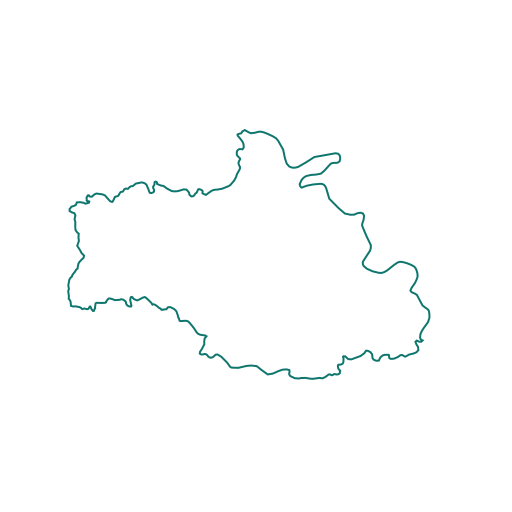 the district of Mashaleng, Mohale's Hoek, Lesotho, rotated 297°
{"feature_id": "5366337B32794114479913", "entity_name": "Mashaleng", "entity_type": "district", "adm_level": 2, "iso_a3": "LSO", "parent_name": "Lesotho", "parent_adm1": "Mohale's Hoek", "projection": "robinson", "projection_center": [27.391, -30.076], "detail": "fine", "context": "isolated", "style": "outline", "palette": "teal", "viewbox_px": 512, "rotation_deg": 297, "n_neighbors": 0, "source": "geoboundaries", "source_scale": "gbopen_adm2", "svg_char_len": 6123}
<svg xmlns="http://www.w3.org/2000/svg" viewBox="0 0 512 512"><g transform="rotate(297 256 256)"><path d="M222.4,72.0L219.8,72.3L217.9,71.0L216.2,69.2L213.0,68.6L211.4,69.6L211.3,72.2L211.7,74.7L210.1,76.7L207.6,77.3L206.0,77.9L204.6,79.4L199.4,82.0L197.1,83.5L195.9,85.9L195.3,88.0L192.1,89.3L188.9,91.4L183.9,92.1L181.3,96.6L179.5,99.1L178.3,102.6L176.0,103.2L173.7,102.3L170.1,101.3L168.4,101.3L163.6,102.7L162.0,101.9L160.2,101.9L155.8,101.0L154.2,101.3L152.6,100.7L150.3,100.4L144.8,102.0L141.6,104.3L139.5,104.6L135.3,107.5L132.8,108.6L132.4,109.8L131.3,111.4L127.6,113.8L127.9,115.8L129.2,118.0L130.3,121.9L130.4,123.3L129.9,124.8L129.9,125.4L131.3,126.9L131.9,129.5L132.2,130.2L133.2,130.7L135.3,130.8L135.7,131.1L135.5,131.7L133.8,133.8L133.0,135.8L133.6,136.5L136.1,136.2L136.4,136.4L136.8,136.0L140.9,134.6L141.2,134.7L141.6,134.9L142.2,135.7L143.1,137.8L144.5,140.6L145.9,142.9L146.6,143.4L147.3,143.2L150.0,143.6L150.7,143.8L151.4,144.2L152.0,145.7L152.6,149.0L152.5,149.6L152.6,150.3L155.2,154.6L156.1,155.3L156.5,156.1L156.8,157.7L156.3,160.5L155.5,161.3L155.0,161.5L154.0,162.7L153.6,163.8L153.4,165.0L153.6,166.1L154.1,167.4L154.3,167.6L155.1,167.6L155.5,167.3L159.7,163.8L162.3,163.2L163.0,163.6L163.2,164.7L162.7,165.3L162.2,166.8L162.4,169.8L162.6,170.4L164.4,171.9L167.5,174.0L168.9,175.5L168.9,176.7L168.2,179.3L166.6,184.4L166.0,185.0L165.7,185.9L166.3,186.3L166.6,187.1L166.7,188.0L166.5,190.3L165.7,193.2L165.8,194.8L165.3,195.7L165.3,196.7L165.7,196.8L166.0,197.5L168.0,200.4L170.0,200.7L170.5,201.0L171.6,203.0L171.6,207.1L170.8,209.7L170.3,210.5L167.5,213.4L165.7,214.8L165.6,215.3L165.3,215.8L163.8,217.1L163.6,217.8L163.9,218.6L166.0,222.1L166.5,223.1L166.8,224.4L166.9,225.4L166.6,226.3L164.8,230.7L163.7,233.1L161.2,237.5L160.4,239.5L160.5,242.0L162.1,246.8L162.0,248.3L159.3,247.7L156.7,248.5L153.9,250.0L148.5,250.0L145.3,249.6L143.7,250.1L143.3,251.0L143.6,252.4L144.4,253.7L145.4,254.7L145.8,255.9L145.6,257.3L144.8,258.9L144.5,260.6L145.0,262.2L146.3,263.5L149.8,264.9L150.8,266.5L150.5,270.8L147.9,278.7L145.5,283.3L145.5,285.0L148.3,291.0L153.7,297.4L156.2,301.4L158.2,306.6L156.9,313.0L155.8,320.2L158.9,324.4L163.7,328.3L166.8,331.3L168.8,334.6L169.5,337.4L168.7,338.2L166.1,339.0L165.4,339.6L164.6,341.1L164.7,345.9L166.2,349.6L167.7,351.5L169.9,355.5L171.1,359.4L172.3,362.3L176.2,367.9L177.0,370.4L177.6,371.2L178.1,371.4L179.4,372.6L183.3,374.5L183.8,375.1L184.1,375.6L184.1,377.4L184.4,378.0L186.3,379.3L187.3,382.2L188.0,383.0L189.5,383.9L191.0,383.3L191.7,383.3L192.2,382.8L192.4,381.7L193.0,380.6L194.4,379.3L195.9,378.6L196.7,379.0L197.6,380.7L199.4,382.1L200.5,382.1L201.7,381.8L204.2,380.6L204.9,380.1L205.3,379.6L205.8,379.3L206.5,379.6L206.6,380.3L207.1,381.0L206.0,384.9L207.2,387.9L214.3,394.5L218.4,396.6L221.6,397.1L222.3,398.6L222.3,401.5L221.2,404.0L217.8,406.3L217.3,407.4L217.0,408.7L217.3,410.7L217.7,411.6L218.7,413.0L221.6,412.8L223.1,413.2L225.0,414.1L226.5,415.7L228.1,418.9L228.1,419.4L226.2,420.6L225.5,421.4L225.5,422.5L226.1,423.9L227.5,425.9L230.5,428.3L233.1,429.7L233.8,430.4L234.1,431.3L234.0,434.3L234.4,435.0L237.7,437.2L240.6,440.6L243.1,442.7L245.9,443.4L248.6,441.6L249.9,439.3L251.9,437.0L253.6,437.6L253.8,440.5L254.7,442.2L256.4,442.8L256.3,441.8L256.5,440.6L257.7,439.3L260.9,438.0L264.2,437.8L267.6,438.1L275.2,439.3L279.5,438.6L281.3,437.8L284.7,435.7L285.9,434.5L286.6,432.7L286.9,430.1L287.6,426.7L294.4,417.0L294.6,414.4L294.4,411.1L295.2,409.3L298.0,409.1L304.3,409.9L307.7,409.8L310.2,409.5L311.5,409.1L313.8,407.7L316.4,405.3L317.7,403.5L318.2,402.3L318.5,400.9L318.5,397.5L318.1,393.8L317.6,391.1L316.9,388.5L315.9,386.5L314.4,385.1L310.8,383.1L302.5,379.3L299.9,377.6L297.9,375.6L296.7,372.8L295.3,366.8L295.0,360.7L296.0,356.4L297.2,354.9L298.9,354.0L300.5,353.9L312.6,355.2L315.1,354.7L317.8,353.4L323.8,345.5L330.2,337.9L331.6,336.5L333.5,335.9L337.2,335.4L340.9,334.0L342.4,332.1L342.2,330.0L341.1,328.0L339.2,326.1L337.4,324.7L335.6,321.3L334.2,315.9L336.1,308.0L340.3,295.3L347.9,288.1L349.5,286.2L350.3,284.1L350.2,282.3L349.5,280.5L345.8,274.6L341.8,269.5L339.2,267.0L338.2,266.3L337.6,265.4L338.3,263.6L339.8,262.3L344.4,262.1L347.2,262.8L349.9,264.3L353.1,268.1L355.8,272.5L358.8,276.4L362.8,278.1L371.9,280.6L373.4,281.7L374.4,283.2L375.6,285.6L376.8,286.8L378.5,287.5L380.6,287.0L382.2,286.1L383.7,284.8L384.4,282.8L383.7,280.3L370.7,263.1L362.2,258.1L354.5,253.1L352.7,251.1L351.4,248.8L350.9,246.7L350.9,244.7L352.3,241.4L356.0,237.6L363.1,231.9L368.7,223.5L370.0,220.5L370.3,216.4L370.1,210.7L369.8,207.6L369.3,204.8L368.4,202.7L367.2,201.1L365.6,199.4L363.1,195.8L362.9,193.5L363.1,188.8L360.7,187.2L358.7,187.2L356.6,184.8L355.8,184.4L354.9,185.0L354.1,187.1L352.3,191.0L351.0,193.1L349.5,194.4L347.6,195.6L346.3,195.8L344.9,195.5L344.5,194.2L343.5,192.4L342.3,191.8L341.3,191.5L339.6,191.8L337.4,193.0L336.7,194.3L335.7,197.4L335.0,198.0L333.5,197.8L331.2,198.0L330.0,198.9L328.9,200.0L328.3,201.1L326.7,202.0L325.1,202.1L320.1,201.9L317.2,202.4L313.4,202.3L307.5,200.9L305.5,199.6L300.6,195.3L297.8,191.6L295.9,188.6L293.9,186.8L287.7,183.6L287.5,180.0L287.8,179.7L289.7,178.9L290.1,177.5L289.8,175.0L289.0,174.2L285.4,174.4L284.1,173.6L281.9,173.4L280.8,172.9L279.7,171.3L280.4,168.8L282.1,167.6L283.6,163.9L282.5,161.3L278.2,156.8L276.4,153.7L275.6,151.4L275.7,146.2L276.4,141.7L275.6,139.2L275.3,135.2L276.6,134.4L276.8,133.5L276.6,132.6L276.0,132.2L275.4,132.2L274.1,132.9L272.8,133.1L270.9,132.9L269.7,133.7L269.0,134.8L267.9,135.6L267.1,135.8L266.2,135.6L265.2,134.8L264.3,133.8L264.1,132.9L264.7,131.8L266.5,130.0L269.8,126.0L270.2,124.4L270.2,122.7L269.6,120.6L266.0,116.1L262.4,114.5L261.1,112.7L260.2,112.2L257.7,111.4L256.9,109.2L255.5,108.3L253.1,108.2L251.4,106.3L249.1,106.0L247.3,106.0L246.2,105.2L245.4,104.2L244.3,103.4L242.5,103.6L239.7,103.6L239.0,103.4L238.8,103.0L238.6,101.5L238.7,100.8L241.4,93.9L241.2,91.1L239.2,85.5L237.7,84.2L234.4,82.8L233.7,81.5L233.5,80.5L234.2,79.5L233.6,78.6L231.0,78.5L229.8,79.4L228.7,79.8L228.2,80.6L228.9,82.3L228.9,82.7L227.9,83.0L227.5,82.8L225.3,80.5L225.1,77.8L224.5,76.4L224.3,75.2L222.4,72.0Z" fill="none" stroke="#0f766e" stroke-width="2"/></g></svg>